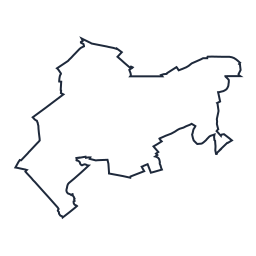 outline of Carei, Satu Mare, Romania
{"feature_id": "2599482B21413362198639", "entity_name": "Carei", "entity_type": "district", "adm_level": 2, "iso_a3": "ROU", "parent_name": "Romania", "parent_adm1": "Satu Mare", "projection": "natural_earth1", "projection_center": [22.485, 47.66], "detail": "fine", "context": "isolated", "style": "outline", "palette": "slate", "viewbox_px": 256, "rotation_deg": 0, "n_neighbors": 0, "source": "geoboundaries", "source_scale": "gbopen_adm2", "svg_char_len": 5467}
<svg xmlns="http://www.w3.org/2000/svg" viewBox="0 0 256 256"><path d="M58.7,211.8L58.9,212.1L59.0,213.5L59.1,213.8L59.8,214.8L60.1,215.3L60.4,215.6L60.6,215.7L61.0,215.9L61.5,216.0L61.8,216.2L62.1,216.3L62.3,216.5L62.6,217.5L65.1,215.6L69.6,212.1L74.7,208.0L77.0,206.0L76.9,205.9L76.5,205.6L76.0,205.4L75.3,205.1L74.8,204.8L74.3,204.3L73.8,203.4L73.7,202.9L73.6,202.1L73.6,201.7L73.6,201.4L74.6,200.9L74.5,200.6L74.4,200.2L74.1,199.3L74.1,199.2L74.4,199.0L74.6,198.6L74.5,198.4L74.2,197.9L74.0,197.5L73.8,196.9L73.5,196.5L72.9,195.7L72.7,195.4L72.6,195.1L72.6,194.9L72.6,194.7L72.7,194.4L72.7,194.2L72.4,194.1L72.0,194.4L71.5,194.7L71.3,194.9L71.2,195.0L71.1,194.9L70.8,194.7L70.5,194.5L69.5,194.0L68.2,193.6L67.9,193.4L67.2,192.6L66.9,192.2L66.8,191.9L66.7,191.7L66.6,191.4L66.4,190.5L66.5,189.6L66.6,189.0L67.0,187.8L67.0,187.4L67.1,187.0L67.2,186.4L67.5,185.3L67.7,184.8L68.0,184.1L68.5,183.5L68.9,183.0L70.1,182.0L74.3,178.5L80.9,172.7L85.4,168.6L88.7,165.5L87.5,165.4L87.1,165.2L86.5,164.9L86.1,164.7L84.8,164.3L84.6,164.3L84.0,164.5L83.3,164.7L82.5,165.1L82.0,165.3L81.7,165.2L81.3,165.0L81.0,164.7L80.6,164.3L80.2,163.8L80.1,163.5L80.0,163.0L79.9,162.5L79.7,162.1L79.4,161.8L79.1,161.5L78.5,161.1L78.0,160.7L77.8,160.6L77.1,160.6L76.7,160.4L76.9,160.1L76.9,159.8L76.6,159.4L76.5,158.9L76.5,158.5L76.4,158.0L79.2,157.6L79.2,157.8L81.0,157.5L85.6,156.7L85.9,157.8L88.2,157.4L90.3,157.4L90.1,157.9L89.7,158.9L95.8,160.4L97.9,160.2L102.5,160.0L107.5,159.8L108.4,163.7L109.0,172.3L109.0,173.5L118.2,175.2L123.0,176.1L130.3,177.7L130.5,176.5L144.2,171.2L142.5,168.3L141.7,166.7L142.9,166.3L143.5,165.9L146.4,164.7L147.6,164.2L150.9,172.7L153.9,171.9L161.9,169.6L161.2,168.0L160.5,165.4L160.2,164.8L159.8,163.9L159.7,163.1L159.7,162.8L159.8,162.5L159.9,162.3L159.4,160.0L159.0,158.9L158.3,158.0L157.4,157.4L156.1,156.7L155.3,156.5L157.4,155.0L156.0,153.6L158.3,152.0L154.3,147.4L153.5,146.4L157.4,144.1L161.7,141.4L160.5,140.1L160.4,140.1L159.5,138.8L159.4,138.6L159.5,138.5L159.7,138.4L163.6,136.7L165.8,135.7L166.1,135.6L167.4,135.1L171.3,133.6L174.8,131.7L176.9,130.3L177.5,129.9L179.0,129.1L179.9,128.7L183.5,127.6L185.8,126.4L187.0,125.9L189.3,125.0L190.2,124.6L191.6,123.8L195.4,126.1L195.3,126.4L194.1,128.4L193.5,129.3L193.4,129.7L193.1,130.9L192.5,133.6L192.2,134.2L192.1,134.6L192.4,135.8L192.6,136.8L192.9,138.0L193.6,140.2L193.7,140.5L193.9,140.7L196.4,143.2L196.8,143.6L197.3,144.0L199.2,143.8L200.8,143.7L201.1,143.7L201.4,143.6L202.0,143.4L202.8,142.9L204.2,141.8L206.1,140.1L206.8,139.2L209.1,136.8L209.7,136.3L211.1,135.6L212.5,135.2L214.5,134.5L214.3,135.5L214.1,136.8L214.1,137.5L214.3,138.6L214.4,140.1L215.1,140.8L215.3,143.9L215.5,145.8L215.5,147.1L215.3,150.2L215.4,150.8L215.8,152.7L216.0,153.9L216.7,154.0L216.9,153.7L217.0,152.8L220.5,149.6L220.3,149.5L222.4,147.5L227.2,142.9L227.4,142.9L227.6,142.8L227.8,142.9L231.9,140.4L229.6,138.5L224.0,134.2L223.9,134.2L221.7,134.6L221.0,135.2L220.9,135.8L219.7,134.5L218.2,132.8L216.6,131.1L218.0,129.3L218.2,129.2L217.5,126.6L216.9,124.1L216.9,123.8L216.9,123.5L217.0,122.5L217.0,122.3L217.1,121.9L217.1,121.7L216.9,119.5L216.8,119.2L218.2,112.7L218.5,111.1L218.5,110.6L217.5,103.5L217.1,103.0L220.1,101.5L218.4,93.4L218.3,93.2L218.1,92.2L219.3,92.1L223.4,91.1L224.9,90.3L225.7,89.8L226.5,89.2L227.0,88.5L227.4,87.9L228.2,86.2L228.4,85.3L228.5,84.1L228.7,82.8L228.8,82.3L228.8,81.6L228.8,80.1L228.7,79.9L228.5,79.6L227.5,78.5L226.7,77.7L225.6,76.7L225.4,76.4L225.4,76.2L230.0,76.1L240.2,76.1L239.0,75.3L238.8,74.8L238.5,74.2L240.6,70.0L240.1,65.9L240.0,64.6L239.6,64.4L239.1,64.0L240.1,62.8L239.6,62.4L237.7,60.7L236.1,59.4L235.0,58.7L234.1,58.1L233.3,57.8L232.3,57.4L231.6,57.2L230.4,57.0L229.5,56.8L228.2,56.8L222.7,56.8L212.1,56.6L207.6,56.7L207.2,57.8L207.2,58.2L203.1,58.2L201.7,58.9L200.8,59.4L199.2,60.1L197.6,60.8L191.7,63.4L188.6,65.9L186.2,67.3L182.4,68.9L178.7,70.3L177.0,67.7L176.5,67.1L167.1,73.1L166.9,73.3L167.0,73.4L166.6,73.9L163.6,74.2L161.1,75.0L162.2,76.3L132.5,76.3L130.3,76.3L130.6,75.9L130.8,75.3L130.8,74.9L130.8,74.4L130.5,73.0L129.3,69.9L131.0,68.6L132.1,68.0L132.4,67.7L132.7,67.4L131.1,66.6L130.9,66.6L130.6,67.2L130.5,67.4L130.1,67.8L124.2,62.7L121.2,60.0L117.5,56.8L121.8,52.2L116.6,48.4L116.3,48.8L116.1,48.7L113.4,47.9L108.4,46.9L106.8,46.5L96.0,44.4L91.5,43.5L91.2,43.3L90.6,42.9L88.7,42.0L86.5,40.9L82.8,39.1L81.6,38.5L82.5,40.2L82.7,40.7L82.7,40.9L82.7,41.0L80.9,42.0L80.9,42.5L81.0,42.7L81.3,43.0L83.1,43.8L83.3,44.0L83.5,44.1L84.0,46.0L84.0,46.3L82.3,47.1L80.8,47.9L79.4,49.1L75.0,53.7L73.8,54.9L71.3,57.6L70.7,58.2L69.1,59.7L68.2,60.8L66.9,61.7L57.0,68.3L57.4,68.6L57.8,69.1L58.3,69.6L60.6,73.0L60.9,73.4L60.9,73.6L60.9,73.9L60.8,74.1L60.2,75.1L60.0,75.7L59.8,76.3L59.7,76.9L59.4,78.6L59.2,80.8L59.2,81.5L61.2,81.7L60.7,90.1L61.1,90.4L60.9,93.1L63.4,94.4L45.1,108.2L32.7,117.3L34.2,118.9L34.3,119.1L35.7,120.2L36.8,120.7L37.0,121.0L37.2,121.9L37.6,122.5L37.8,123.5L38.0,124.5L38.4,125.9L38.4,126.1L38.4,126.5L38.5,128.7L38.9,132.9L39.6,138.6L39.7,140.3L39.7,140.5L38.5,141.9L37.2,143.2L29.4,151.5L29.1,151.7L27.8,153.3L21.2,160.2L21.1,160.3L20.8,160.3L19.8,160.0L18.4,162.1L15.4,167.5L17.1,167.8L18.1,168.0L23.2,169.1L25.6,169.6L26.4,169.9L26.8,170.0L26.0,170.8L25.7,171.2L25.4,171.6L26.9,173.3L31.4,178.1L33.1,180.2L35.1,182.2L36.6,183.9L42.5,190.5L48.2,196.8L57.7,207.5L58.2,208.3L58.4,208.6L58.5,208.8L58.6,209.0L58.4,209.4L58.0,210.0L57.9,210.3L57.8,210.5L57.9,210.8L58.1,211.2L58.3,211.4L58.7,211.8Z" fill="none" stroke="#1e293b" stroke-width="2"/></svg>